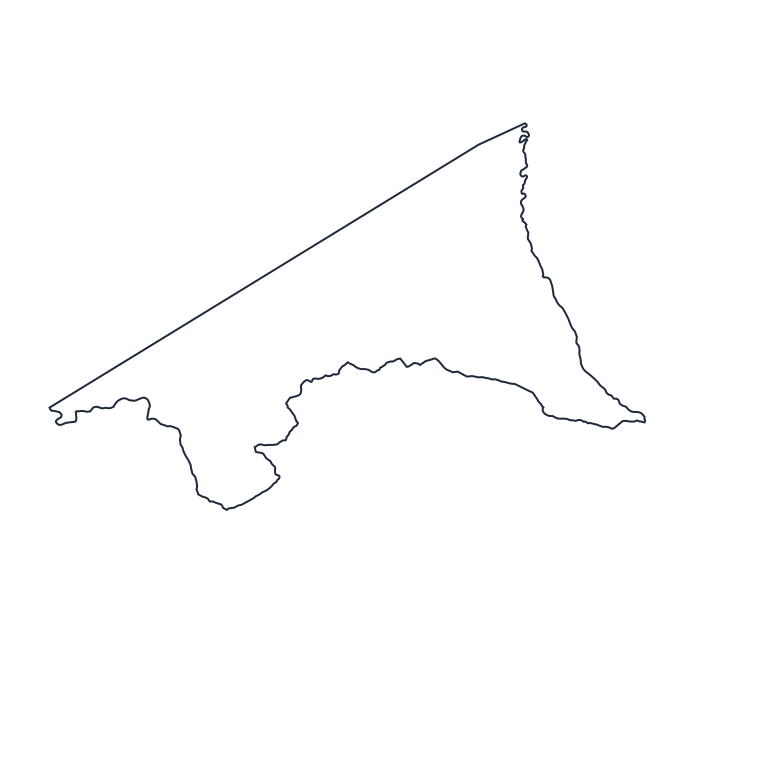 Paratebueno, Cundinamarca, Colombia (Albers equal-area conic projection), rotated 230°
{"feature_id": "7082276B37141282912901", "entity_name": "Paratebueno", "entity_type": "district", "adm_level": 2, "iso_a3": "COL", "parent_name": "Colombia", "parent_adm1": "Cundinamarca", "projection": "albers", "projection_center": [-73.225, 4.477], "detail": "fine", "context": "isolated", "style": "outline", "palette": "slate", "viewbox_px": 768, "rotation_deg": 230, "n_neighbors": 0, "source": "geoboundaries", "source_scale": "gbopen_adm2", "svg_char_len": 6166}
<svg xmlns="http://www.w3.org/2000/svg" viewBox="0 0 768 768"><g transform="rotate(230 384 384)"><path d="M419.2,170.9L418.2,171.0L414.5,172.5L411.0,174.8L408.8,175.3L406.0,175.0L404.2,177.2L399.8,179.6L396.7,181.7L394.6,181.8L392.8,181.1L390.5,181.8L388.6,182.7L388.6,184.8L387.2,187.3L385.6,189.5L384.8,193.8L383.0,197.4L380.6,209.5L380.3,211.2L380.4,213.7L379.6,216.7L379.2,220.9L378.0,225.9L377.8,230.3L378.2,233.7L378.6,235.7L378.1,238.2L379.0,240.6L379.0,242.9L379.7,244.0L380.6,244.6L381.4,244.6L383.3,243.3L384.8,243.0L386.6,243.8L389.3,246.4L390.6,247.1L391.2,247.2L393.1,246.8L395.5,246.7L397.7,247.4L402.8,246.1L408.2,246.7L409.6,246.0L414.2,242.3L414.9,242.4L418.8,244.4L418.4,246.0L418.3,248.2L417.2,250.6L413.6,253.4L411.2,256.9L408.9,259.5L406.4,263.4L406.4,266.9L406.0,269.8L405.0,271.4L404.1,272.3L404.9,274.1L405.3,274.7L405.9,275.0L406.7,279.2L407.9,280.5L408.1,283.9L409.0,287.3L408.3,290.2L409.2,292.8L410.6,293.2L411.3,292.9L413.4,293.5L417.0,294.9L425.0,295.6L428.0,295.1L429.0,296.1L432.0,296.5L433.7,302.4L433.7,303.8L432.7,305.2L432.1,307.0L431.3,308.3L430.1,311.8L430.2,313.2L430.7,314.6L431.3,315.5L433.0,317.1L435.9,319.0L436.4,319.9L437.1,323.1L437.2,325.0L436.9,326.9L436.1,328.0L432.5,329.4L432.3,330.3L432.5,330.9L433.3,332.0L433.3,333.6L431.9,335.4L429.9,337.2L429.4,338.0L428.4,340.9L428.1,342.6L428.2,344.8L428.0,345.1L426.6,345.6L424.9,347.5L424.4,349.0L424.0,351.6L422.1,353.2L421.2,355.2L421.1,355.9L422.6,357.7L423.3,359.0L424.3,363.3L423.8,366.0L423.9,370.2L422.2,370.7L417.6,372.9L415.1,373.3L412.6,374.4L409.9,376.3L407.9,378.8L405.0,381.2L400.4,382.7L399.4,383.8L398.8,384.7L398.6,387.8L397.9,389.2L397.9,389.8L398.9,391.4L398.3,394.2L398.0,397.6L398.6,399.0L398.6,399.6L396.9,403.7L395.7,405.0L395.3,405.9L394.5,410.3L393.0,412.8L382.5,412.5L381.7,414.0L381.4,415.4L380.8,420.6L377.6,423.3L375.5,423.8L375.3,424.2L375.2,426.8L375.0,427.5L374.8,430.5L371.9,437.0L371.6,438.3L370.3,439.8L368.1,440.4L365.7,440.7L358.1,440.6L355.1,441.1L348.8,444.2L346.2,448.3L336.6,452.2L335.2,453.8L334.4,455.3L333.0,457.0L328.1,460.9L327.0,462.5L325.3,464.4L324.4,464.9L320.9,467.9L318.0,469.7L316.3,472.1L312.8,474.4L310.7,475.3L308.2,477.5L303.0,481.2L299.7,484.4L287.5,489.7L281.8,492.4L273.3,491.6L271.9,491.1L267.4,491.3L265.6,490.8L263.6,491.1L263.3,490.0L261.6,488.4L259.4,488.0L257.5,488.1L253.9,489.6L250.6,492.9L247.3,494.0L245.4,495.4L243.4,497.5L242.2,499.2L239.6,501.7L238.3,502.5L236.7,503.2L234.8,505.4L233.0,506.7L232.4,507.5L231.1,510.4L230.2,511.3L228.9,512.1L226.6,512.7L226.5,513.3L225.1,514.5L223.0,514.8L221.8,516.7L219.4,518.5L218.0,519.4L216.5,520.7L211.7,523.3L209.9,524.7L208.5,526.6L206.6,528.2L203.2,529.9L202.6,530.7L202.2,533.0L202.2,542.7L202.0,543.3L199.4,546.6L197.8,547.6L195.5,550.1L193.8,552.6L193.7,553.9L193.3,554.5L190.6,556.0L190.1,556.9L187.4,558.5L187.1,559.0L188.0,560.4L188.4,560.7L189.9,561.0L190.8,562.1L191.6,562.5L192.6,562.6L195.8,562.4L197.2,561.9L199.2,560.6L203.3,556.1L207.0,554.8L211.0,554.8L214.6,552.6L217.2,551.9L220.6,553.2L221.6,553.3L223.6,552.4L224.6,551.0L225.1,550.6L228.8,550.8L229.6,550.5L230.7,549.6L233.4,548.8L235.5,549.1L236.6,549.7L239.2,549.7L243.8,548.7L248.3,548.9L250.5,548.8L257.8,547.8L264.2,546.5L267.4,546.3L272.2,547.6L277.2,550.9L281.0,552.6L283.0,554.3L283.2,554.8L286.2,556.8L288.4,557.7L291.3,557.7L292.5,558.2L296.1,562.0L299.8,563.4L302.2,564.1L305.7,564.1L308.8,564.8L315.0,567.0L322.0,568.7L327.8,569.6L331.4,568.9L334.4,569.0L336.9,569.5L339.0,570.2L341.7,570.4L343.3,571.1L346.3,573.1L351.1,575.9L356.9,578.2L358.9,578.2L360.1,577.8L361.1,576.8L362.4,575.9L362.7,575.1L363.4,574.8L364.4,574.8L364.8,575.1L365.2,576.2L370.0,578.9L373.9,579.8L379.8,581.7L382.3,582.2L385.8,581.9L387.4,582.2L391.2,582.5L392.8,584.5L396.3,586.3L397.5,586.8L402.4,587.4L403.1,587.7L407.2,591.9L408.9,592.2L413.5,593.7L413.9,594.1L414.6,595.6L417.6,595.5L419.1,595.0L420.0,595.0L420.6,595.3L420.5,595.9L420.9,596.5L423.5,596.3L424.5,596.9L425.8,598.8L426.4,601.1L428.0,603.2L429.6,603.9L432.5,604.7L433.3,604.6L435.5,605.9L436.2,607.3L436.4,608.5L436.2,612.3L436.7,613.3L438.8,614.0L439.6,613.8L441.0,612.1L441.5,612.1L442.9,612.8L443.6,613.5L444.7,616.8L446.9,618.1L447.2,620.5L449.3,623.0L449.6,624.4L450.6,626.6L451.0,626.9L452.0,627.1L452.7,626.8L453.1,626.2L453.4,624.2L454.0,623.3L454.8,622.9L456.6,623.0L458.0,624.1L459.4,626.9L458.7,628.8L458.8,630.6L458.5,631.9L458.5,632.8L459.0,633.8L459.6,634.3L462.2,634.8L465.6,637.6L467.0,638.2L468.8,639.6L469.7,640.0L472.4,640.1L473.6,640.8L474.4,642.5L476.9,645.2L477.7,647.2L478.4,648.2L478.8,650.5L479.7,650.6L480.3,650.3L480.8,648.2L480.7,646.2L481.0,644.3L481.7,643.4L482.6,643.6L484.8,646.8L485.3,648.3L485.3,648.9L485.1,649.7L484.4,650.8L483.3,651.6L481.4,652.1L481.1,652.4L480.8,652.8L480.8,653.8L481.2,654.8L482.3,655.5L484.8,655.8L486.4,654.8L487.5,653.3L488.0,653.0L488.8,652.7L489.8,652.9L490.7,653.6L491.0,655.2L490.9,656.0L489.9,657.9L489.9,659.0L491.0,659.9L492.4,659.7L493.1,659.5L506.5,610.4L580.9,112.6L579.5,112.1L577.5,112.1L573.6,115.5L571.0,117.3L569.3,117.4L567.9,117.3L567.2,116.9L566.5,116.0L566.2,114.7L566.8,111.6L566.7,109.5L566.4,108.8L565.8,108.3L564.1,108.1L562.7,108.4L561.5,108.9L560.8,109.6L560.1,110.8L558.5,115.7L553.8,122.9L553.7,123.6L553.7,124.3L555.4,126.3L558.1,128.1L558.8,128.8L560.6,129.8L560.8,130.4L560.6,131.1L559.4,132.4L558.4,134.2L556.2,136.7L554.3,138.0L553.4,139.0L551.9,141.3L552.7,145.1L552.8,146.0L552.2,148.0L550.7,149.8L546.5,152.4L544.8,155.3L542.2,157.7L541.2,159.5L540.4,162.3L541.5,165.0L542.0,167.4L542.1,169.7L541.5,172.7L540.5,175.4L538.4,177.2L535.4,178.5L531.9,181.6L530.9,183.4L529.0,189.4L528.1,191.0L527.2,191.9L525.6,192.6L523.7,192.8L521.6,192.4L518.3,191.1L516.8,189.4L515.6,187.2L514.1,185.6L510.4,181.1L509.7,180.4L509.0,180.3L508.2,180.5L506.6,184.0L505.4,185.3L504.1,186.1L502.8,186.6L496.9,187.2L492.0,190.3L490.8,190.8L488.9,193.4L486.8,194.8L482.3,197.2L480.5,197.3L479.0,196.9L475.1,195.2L472.8,192.1L468.6,189.4L466.8,188.9L465.4,188.9L460.9,187.0L456.6,185.9L451.5,185.2L446.4,183.9L443.8,182.2L438.5,179.6L434.2,179.7L429.2,177.3L425.6,175.0L423.8,172.6L421.1,171.8L419.2,170.9Z" fill="none" stroke="#1e293b" stroke-width="2"/></g></svg>